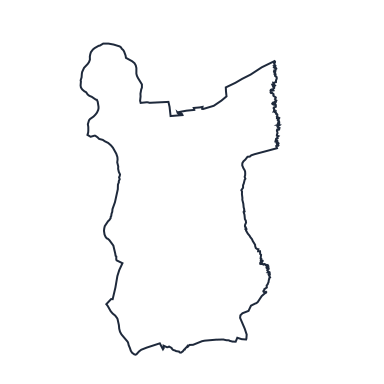 the district of Farcas, Dolj, Romania, rotated 353°
{"feature_id": "2599482B69484813321129", "entity_name": "Farcas", "entity_type": "district", "adm_level": 2, "iso_a3": "ROU", "parent_name": "Romania", "parent_adm1": "Dolj", "projection": "robinson", "projection_center": [23.752, 44.619], "detail": "fine", "context": "isolated", "style": "outline", "palette": "slate", "viewbox_px": 384, "rotation_deg": 353, "n_neighbors": 0, "source": "geoboundaries", "source_scale": "gbopen_adm2", "svg_char_len": 6029}
<svg xmlns="http://www.w3.org/2000/svg" viewBox="0 0 384 384"><g transform="rotate(353 192 192)"><path d="M174.4,343.8L183.8,341.3L186.4,341.1L197.6,341.5L205.0,342.2L208.0,343.3L210.5,343.7L211.2,344.3L214.0,345.4L217.1,345.9L219.2,342.2L223.3,344.1L227.7,345.0L228.1,344.2L228.9,340.2L227.7,334.2L224.4,322.8L225.0,320.3L227.3,318.5L233.6,316.9L236.7,312.0L241.2,310.4L242.3,310.2L243.8,309.3L248.5,303.8L251.9,301.5L253.3,300.9L253.5,300.4L253.3,300.1L252.1,300.4L251.0,299.9L250.7,299.4L250.9,298.8L251.9,297.9L252.0,297.2L254.6,295.9L254.7,293.9L255.9,292.8L256.1,292.1L256.9,291.0L257.5,288.8L258.0,287.9L258.1,287.0L259.1,286.3L258.1,283.7L259.1,283.6L259.3,283.0L258.7,282.4L258.9,282.0L257.6,281.3L258.8,280.8L257.5,279.6L257.1,278.8L257.3,278.5L258.8,277.6L258.7,276.8L257.1,276.7L256.8,276.5L256.7,276.0L257.0,275.5L258.7,274.8L258.2,273.7L256.9,274.0L256.5,273.8L256.8,273.4L255.2,272.3L254.1,272.8L253.5,272.4L253.3,272.0L251.5,271.9L250.9,271.5L251.1,271.0L252.3,270.8L251.5,270.1L251.7,269.9L252.9,269.7L253.8,269.0L253.7,268.7L253.4,268.5L252.0,268.7L251.9,268.1L252.6,266.6L252.0,266.2L252.9,262.8L252.1,261.9L252.3,259.1L250.4,258.9L250.9,256.9L249.9,256.7L248.5,255.4L248.1,253.3L248.2,252.1L246.3,248.0L245.8,246.2L244.3,243.7L243.8,242.4L242.3,240.1L240.9,236.8L241.4,235.8L240.5,235.3L240.6,235.0L241.3,234.7L240.9,233.3L240.4,233.0L240.4,232.1L240.7,231.0L241.9,229.0L241.9,227.9L241.9,227.0L241.2,225.4L241.3,220.9L240.8,218.2L241.8,217.8L241.7,217.1L241.4,217.0L241.7,215.5L241.4,213.5L241.5,209.9L241.0,205.8L241.3,204.1L241.3,200.2L241.7,197.6L241.2,196.2L243.2,194.0L243.5,191.5L244.4,189.9L245.8,186.2L246.6,185.4L246.1,183.4L246.8,181.8L247.1,179.9L247.2,178.0L246.7,176.3L246.0,174.9L245.1,171.7L245.5,169.5L246.8,167.8L248.8,166.4L251.4,163.8L253.7,163.9L255.3,162.8L258.8,162.1L281.7,158.9L281.2,156.7L282.3,156.4L283.1,156.6L283.5,156.2L283.3,155.7L282.2,155.2L282.1,154.7L283.4,154.7L283.8,154.2L283.0,153.3L282.2,153.2L281.9,152.9L282.7,152.5L283.0,151.9L282.9,151.5L281.1,151.7L282.0,149.4L283.4,149.1L283.2,148.5L283.4,148.0L284.6,147.1L283.1,146.3L283.4,145.0L284.0,144.2L284.0,142.8L283.7,141.6L284.1,140.5L285.7,140.8L286.1,140.6L286.6,139.1L285.2,138.6L284.8,137.5L286.8,136.4L284.9,135.9L286.9,135.3L286.9,134.4L285.8,134.1L286.2,133.3L286.9,133.6L287.1,133.4L287.0,132.3L286.5,132.1L285.9,131.2L286.2,130.8L286.7,130.7L287.5,129.4L287.1,129.1L286.2,129.5L285.3,129.2L285.4,128.8L286.7,128.5L285.4,127.5L286.2,125.9L285.7,124.8L285.0,124.6L285.1,123.8L284.3,123.1L284.8,122.5L284.9,121.9L283.0,122.0L283.4,121.4L283.5,120.5L283.8,120.2L283.2,118.8L283.3,118.4L283.6,118.1L284.1,118.2L284.4,117.9L285.6,117.6L285.8,115.8L285.4,115.2L284.7,115.6L283.5,115.2L282.5,114.4L282.4,114.0L283.1,113.4L283.4,114.2L284.0,113.6L284.2,114.4L285.2,114.1L284.9,113.2L285.8,113.0L285.6,112.5L286.4,112.3L286.8,111.6L286.0,111.2L286.1,110.4L285.7,109.9L286.6,108.8L286.7,108.4L284.6,106.5L284.5,105.9L284.9,104.9L283.7,103.5L282.6,103.5L282.3,103.2L282.1,102.6L282.5,101.6L282.3,100.8L282.7,100.2L283.5,99.9L283.9,100.0L283.9,100.6L284.2,101.2L285.2,101.1L284.7,100.0L286.0,98.9L285.5,97.8L285.4,97.4L285.7,97.2L286.4,97.9L286.6,97.0L287.4,96.4L287.0,96.0L285.2,96.5L284.8,95.3L285.9,95.4L286.5,95.1L286.5,94.7L285.9,93.8L285.9,93.5L286.5,93.7L287.1,93.4L288.7,93.2L289.0,91.4L289.9,89.8L290.0,88.3L288.6,86.9L288.6,86.6L289.2,86.0L288.4,85.2L289.0,84.5L288.4,84.0L288.4,83.4L288.0,82.6L288.1,82.4L289.3,82.7L289.4,82.4L288.8,81.4L289.7,81.3L289.8,80.6L290.7,79.9L290.1,78.5L289.0,78.8L288.7,78.5L289.5,78.1L288.7,76.9L290.0,76.6L289.3,75.4L289.5,74.8L289.2,74.2L290.1,73.5L290.3,72.8L289.9,72.1L276.5,76.7L264.5,82.6L255.6,85.8L248.4,88.9L238.3,92.3L238.0,96.2L237.9,101.3L232.3,104.9L224.1,109.1L213.0,111.0L212.2,110.7L212.8,108.8L210.2,109.0L204.0,108.8L204.3,109.9L204.3,110.8L196.5,110.6L191.3,110.9L188.7,111.1L188.6,111.9L188.4,112.0L187.9,111.9L187.3,111.2L187.4,111.8L188.4,112.7L190.0,112.5L190.9,112.9L191.7,113.6L191.9,114.5L180.0,114.0L180.1,104.8L179.6,99.7L160.7,98.3L159.1,97.6L157.8,97.4L151.9,97.3L151.6,95.1L152.6,90.9L152.8,88.2L154.1,84.0L155.0,82.3L155.4,79.1L152.2,72.1L151.5,70.0L151.2,67.8L151.9,62.2L151.6,59.5L150.6,57.1L148.5,54.9L142.8,50.8L142.7,48.4L141.7,44.2L141.0,42.7L139.7,41.2L139.2,39.9L138.0,38.7L132.2,36.1L127.1,34.5L121.9,33.9L118.3,35.5L117.2,35.5L112.9,37.3L111.0,38.5L108.7,40.9L107.8,42.9L107.1,45.1L106.8,48.2L105.6,50.5L104.1,52.2L100.0,55.6L97.6,59.5L97.1,61.1L96.4,64.7L95.1,67.6L95.2,68.8L94.4,72.7L94.5,74.7L95.5,76.8L97.4,78.9L99.1,80.1L100.3,82.5L101.8,84.0L104.1,85.3L107.8,88.6L108.8,88.9L109.4,90.9L109.6,96.0L109.4,97.6L108.9,99.1L107.3,101.7L105.5,103.5L103.5,105.1L99.6,107.2L98.5,108.3L96.9,112.0L97.0,114.8L96.6,118.2L96.2,120.3L95.2,122.6L98.1,124.8L102.2,124.2L102.9,124.4L104.9,126.2L106.3,128.0L109.8,129.4L111.6,131.0L114.8,133.1L117.3,135.9L118.9,138.4L121.5,144.8L122.2,148.2L122.1,150.6L121.4,153.5L121.9,157.7L121.5,160.0L121.8,163.1L122.7,165.8L122.2,167.3L121.4,168.5L121.8,170.5L121.0,171.7L120.6,172.5L120.6,173.4L119.4,175.6L118.7,180.2L114.3,192.7L111.0,199.3L110.4,202.0L109.5,203.7L108.9,206.0L108.3,206.7L108.0,208.1L106.5,209.8L105.1,210.8L101.3,215.2L100.5,217.3L99.9,219.8L100.0,223.5L100.7,225.9L101.7,227.6L102.8,228.2L104.1,229.7L107.4,235.6L108.3,243.7L108.4,246.1L109.0,246.8L108.6,249.5L108.7,250.3L108.9,250.7L114.3,254.2L110.3,260.6L107.7,266.3L104.3,277.6L100.2,288.7L98.7,288.4L93.3,292.9L94.4,294.7L96.8,300.5L98.4,302.9L100.7,305.3L102.2,307.9L102.6,308.9L103.2,315.1L103.1,318.8L103.5,321.9L104.6,324.7L109.8,332.7L110.2,333.8L110.5,336.4L111.4,339.5L111.9,342.1L112.9,344.2L114.9,346.1L116.1,346.6L117.1,346.3L120.0,343.8L122.4,342.4L128.2,340.9L141.6,338.3L144.0,344.6L144.9,343.5L145.1,341.1L148.2,343.0L149.0,343.1L150.4,342.6L152.7,344.3L153.3,345.7L154.1,346.5L155.9,347.3L156.8,348.0L159.7,348.8L160.2,349.7L161.4,350.1L163.4,349.1L165.1,347.4L165.7,347.4L166.0,346.7L168.1,345.0L168.3,344.8L168.3,345.4L168.6,345.4L170.8,343.5L174.4,343.8Z" fill="none" stroke="#1e293b" stroke-width="2"/></g></svg>